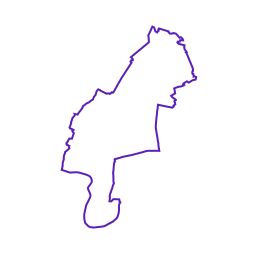 outline of Salienas pag., Daugavpils, Latvia, rotated 190°
{"feature_id": "27541924B74308998614766", "entity_name": "Salienas pag.", "entity_type": "district", "adm_level": 2, "iso_a3": "LVA", "parent_name": "Latvia", "parent_adm1": "Daugavpils", "projection": "orthographic", "projection_center": [26.895, 55.819], "detail": "fine", "context": "isolated", "style": "outline", "palette": "violet", "viewbox_px": 256, "rotation_deg": 190, "n_neighbors": 0, "source": "geoboundaries", "source_scale": "gbopen_adm2", "svg_char_len": 5503}
<svg xmlns="http://www.w3.org/2000/svg" viewBox="0 0 256 256"><g transform="rotate(190 128 128)"><path d="M85.9,164.2L88.7,165.5L90.0,166.1L91.1,167.2L87.6,170.3L88.1,171.7L89.0,174.2L89.3,174.7L89.4,174.8L89.4,175.1L86.6,176.7L85.1,177.5L83.5,177.9L83.2,178.0L80.8,179.4L81.1,179.9L81.2,180.1L80.2,180.4L81.0,181.5L78.1,184.2L76.0,183.3L73.6,185.5L72.7,186.2L71.9,186.6L71.6,186.8L71.3,186.8L69.8,187.5L69.8,190.1L72.2,190.5L72.4,190.3L72.6,191.4L72.8,191.8L72.9,192.1L72.9,192.4L73.0,192.6L73.8,192.5L74.0,192.9L74.4,193.8L74.3,194.2L74.3,194.4L73.6,194.6L74.3,194.5L74.4,194.9L74.2,195.0L73.9,195.3L73.9,195.6L74.0,195.9L74.0,196.0L74.3,197.3L74.5,198.0L74.7,198.3L75.4,199.3L75.9,200.3L76.4,201.0L79.2,205.3L79.8,206.3L82.4,210.4L83.2,211.6L83.7,212.3L84.0,212.5L83.4,212.9L83.6,213.1L83.8,213.5L84.4,213.9L84.9,214.3L85.5,215.1L86.1,215.7L86.2,216.0L86.4,216.4L86.5,216.9L86.6,217.1L86.8,217.6L86.8,218.0L86.7,218.4L86.7,219.3L92.6,219.6L94.2,220.8L94.0,221.7L92.0,222.0L91.8,223.6L89.0,223.8L88.9,224.1L89.7,225.3L91.7,226.6L92.9,225.8L95.4,227.9L97.2,229.2L99.8,229.5L99.9,229.1L102.3,228.3L103.3,228.3L104.9,229.6L104.8,230.1L105.8,230.2L105.8,230.3L114.8,231.4L115.2,230.6L114.8,229.9L115.1,229.5L114.8,228.9L115.7,227.9L115.9,227.2L117.8,227.9L119.0,230.3L119.8,231.6L121.6,232.1L122.7,227.7L123.8,223.6L124.1,223.0L123.4,220.5L122.3,216.1L129.4,207.7L137.4,198.3L135.4,196.8L135.2,196.6L135.1,196.3L135.0,196.0L135.1,195.6L135.1,195.4L135.3,195.3L136.5,195.2L137.1,193.8L137.0,193.6L136.8,193.4L136.4,193.1L135.9,192.8L143.1,176.0L143.8,174.0L145.3,169.9L147.3,164.1L148.6,160.5L148.8,160.2L149.1,160.1L149.9,160.4L150.0,160.4L150.3,160.3L150.9,159.2L151.8,158.4L152.2,158.7L152.3,158.8L153.8,158.6L154.6,158.3L154.9,158.3L154.9,158.2L155.0,158.2L155.4,158.1L156.1,158.3L156.3,158.4L156.4,158.5L156.7,158.6L161.3,159.9L161.5,160.0L162.0,160.4L164.0,160.9L165.3,158.8L165.5,156.5L165.7,155.2L165.8,154.8L165.9,154.6L166.0,154.4L166.8,153.0L167.1,152.1L167.2,151.7L167.4,150.3L167.4,150.1L167.5,149.9L168.0,149.5L169.4,148.4L170.5,146.9L171.1,146.3L171.9,145.8L172.8,145.2L173.0,145.1L173.5,144.6L173.7,144.4L174.0,144.0L174.4,143.4L174.9,142.9L175.5,142.4L175.9,142.1L176.1,141.9L176.2,141.7L176.3,141.5L176.3,141.2L176.2,140.5L176.2,140.4L176.4,140.0L176.4,139.9L176.5,139.5L178.4,135.9L179.4,134.1L179.9,132.5L182.8,132.5L182.7,132.4L182.6,132.2L182.8,130.8L184.4,128.3L184.5,127.4L184.6,126.3L185.1,123.8L185.0,123.7L184.9,123.2L184.8,122.9L185.0,122.1L185.2,120.2L185.5,119.1L185.6,118.2L185.1,117.5L183.7,117.4L181.8,116.8L181.3,116.6L182.4,115.4L181.6,114.5L181.1,114.1L180.7,113.9L180.4,113.6L181.4,107.7L184.0,107.4L184.8,105.1L185.0,104.5L185.2,103.7L185.6,103.3L185.7,103.0L186.0,102.3L185.9,102.1L185.9,101.9L185.7,101.8L185.7,101.5L185.4,101.4L185.3,100.8L185.0,100.7L184.8,100.8L184.3,100.7L183.9,100.6L183.2,100.2L182.9,100.1L183.0,100.0L183.2,99.6L182.2,97.8L183.8,95.7L185.7,93.5L185.8,92.6L185.7,92.1L185.9,91.2L186.2,90.4L186.2,89.4L186.2,88.1L185.9,86.8L185.8,85.9L186.0,84.3L186.2,82.2L186.2,81.9L185.8,79.5L185.8,78.4L185.9,77.0L185.9,76.8L186.0,75.8L186.0,75.2L185.5,75.2L179.7,74.3L177.6,74.1L177.0,74.1L176.0,74.3L173.8,74.9L170.9,75.5L168.9,75.6L166.3,75.4L163.7,75.1L161.5,74.9L159.7,74.5L158.4,74.2L157.4,73.8L157.2,73.6L156.5,73.1L155.7,72.3L155.2,71.6L154.6,70.2L154.4,69.4L154.5,67.9L154.7,67.3L156.8,63.0L157.0,62.4L157.0,61.8L156.6,60.7L154.7,57.9L153.8,56.5L153.4,55.6L153.3,55.2L153.2,54.6L153.2,53.9L153.3,53.3L153.4,52.9L153.6,52.1L153.8,51.2L154.8,48.0L155.7,44.9L156.0,39.1L156.1,35.1L155.5,32.0L155.0,30.2L154.3,28.5L153.8,27.4L153.5,27.0L153.3,26.7L151.6,25.6L150.1,24.5L149.7,24.3L148.8,24.0L147.9,23.9L146.5,23.9L144.8,24.0L143.8,24.2L141.5,24.9L137.5,26.1L134.9,26.9L134.5,27.2L134.1,27.4L133.2,28.0L130.3,30.3L129.3,31.0L128.2,31.9L128.3,31.9L127.9,32.2L126.4,33.6L124.6,35.7L123.3,37.5L123.0,38.6L122.7,39.7L122.5,41.8L122.5,45.4L122.6,45.9L123.1,48.2L123.4,50.0L123.4,51.5L123.1,52.2L122.6,53.5L123.2,54.1L123.6,54.0L123.7,54.8L123.9,55.4L124.2,55.7L124.3,56.2L130.0,55.4L130.1,55.2L130.5,54.8L130.7,54.5L130.8,54.1L131.2,53.7L131.3,53.4L131.5,53.1L131.6,52.9L133.5,52.6L133.6,54.9L133.6,55.3L133.7,55.8L133.9,57.0L134.2,57.2L134.1,60.6L133.8,61.4L133.7,61.7L133.6,63.2L133.5,63.9L133.4,64.6L133.1,65.6L133.0,67.3L132.9,68.5L132.7,69.3L132.3,71.5L132.5,71.8L132.8,72.1L133.1,72.9L133.2,73.5L133.4,74.8L133.8,76.8L134.2,78.8L134.9,81.3L134.8,81.5L135.0,82.7L134.9,83.4L135.0,84.1L135.4,88.0L135.4,89.4L135.5,89.8L135.7,90.8L135.4,91.4L135.3,93.4L135.2,93.4L135.7,94.7L135.7,95.1L134.9,95.5L134.1,95.6L132.0,96.7L130.4,97.4L129.5,98.0L128.5,98.6L127.2,99.0L125.3,99.8L124.5,100.1L122.3,101.0L121.8,101.2L120.6,101.6L113.8,104.7L112.0,105.6L109.8,106.5L109.1,106.9L107.3,107.8L107.2,107.9L105.4,108.7L104.3,109.0L103.0,109.3L102.9,109.3L101.7,109.5L101.2,109.5L97.3,110.3L93.2,110.9L93.6,112.0L94.1,113.6L94.4,114.3L95.1,116.4L95.4,118.1L96.3,120.4L96.4,120.5L96.9,122.3L97.3,123.4L97.5,123.9L97.7,124.5L98.0,125.5L98.5,126.7L98.5,126.8L98.8,127.6L99.1,128.5L99.5,129.5L99.7,130.5L99.8,130.5L100.4,131.9L100.3,132.1L100.4,132.4L100.6,132.8L101.0,135.0L101.4,138.5L101.5,139.9L101.7,142.5L101.9,145.9L102.0,147.5L102.2,149.4L102.2,150.1L102.3,152.8L102.5,156.1L95.2,155.9L93.2,155.8L90.3,155.8L88.3,155.7L88.3,155.8L87.8,155.8L87.4,156.2L86.7,157.0L87.0,157.4L87.1,158.0L86.4,158.5L85.6,159.5L85.8,159.8L86.0,160.0L85.9,160.8L86.4,161.5L87.0,162.4L86.6,163.3L85.8,163.7L85.9,164.0L85.9,164.2Z" fill="none" stroke="#5b21b6" stroke-width="2"/></g></svg>